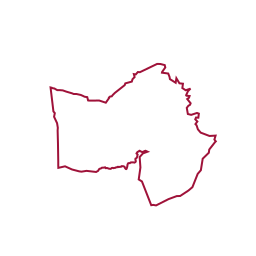 the district of San Francisco Ozolotepec, Oaxaca, Mexico, rotated 305°
{"feature_id": "50627088B26566065011472", "entity_name": "San Francisco Ozolotepec", "entity_type": "district", "adm_level": 2, "iso_a3": "MEX", "parent_name": "Mexico", "parent_adm1": "Oaxaca", "projection": "mercator", "projection_center": [-96.209, 16.098], "detail": "fine", "context": "isolated", "style": "outline", "palette": "rose", "viewbox_px": 256, "rotation_deg": 305, "n_neighbors": 0, "source": "geoboundaries", "source_scale": "gbopen_adm2", "svg_char_len": 3193}
<svg xmlns="http://www.w3.org/2000/svg" viewBox="0 0 256 256"><g transform="rotate(305 128 128)"><path d="M134.0,88.7L129.1,81.8L127.9,80.0L127.9,79.9L127.7,79.5L129.9,76.9L128.8,74.7L128.7,74.4L128.4,72.4L128.0,70.4L126.3,66.3L124.7,64.0L124.3,62.2L122.4,56.6L121.4,53.0L120.0,50.6L118.4,48.3L118.4,47.6L118.2,46.3L118.2,45.2L117.7,44.1L117.3,43.3L117.3,42.6L116.8,41.3L98.8,57.4L98.2,59.5L94.8,61.0L91.3,67.1L87.9,70.4L85.7,71.7L74.9,79.7L60.8,89.9L57.1,92.5L55.4,93.8L60.5,98.4L61.9,105.9L64.5,112.9L65.6,115.0L69.1,118.6L73.7,127.1L75.8,128.1L77.6,127.9L78.7,128.4L78.9,128.7L79.3,128.9L79.5,129.1L79.9,129.3L80.2,129.3L80.3,129.3L80.5,129.4L80.7,129.6L80.9,129.9L81.1,130.2L81.4,130.6L81.6,130.8L81.9,131.1L82.1,131.3L82.3,131.4L82.6,131.8L82.3,132.2L82.3,132.5L82.3,132.8L82.4,133.0L82.8,133.2L83.2,133.7L83.4,134.4L83.5,134.8L83.6,135.1L83.6,135.3L83.8,135.8L84.0,136.2L84.2,136.6L84.5,137.1L84.9,137.4L85.4,137.5L85.8,137.6L86.1,137.8L86.3,138.0L86.5,138.3L86.7,138.6L86.7,139.0L87.0,139.3L87.3,139.6L87.6,139.9L87.8,140.1L88.2,140.5L88.5,140.5L88.8,140.8L89.2,141.1L89.5,141.4L89.6,141.6L90.0,141.7L90.4,141.9L90.6,142.2L90.6,142.7L90.7,142.8L91.0,143.1L91.4,143.5L91.5,143.6L91.8,143.9L92.0,144.2L92.2,144.4L92.4,144.6L92.7,144.8L92.9,144.8L93.1,144.7L93.2,144.8L93.3,144.9L93.5,145.3L93.7,145.6L94.0,146.1L94.1,146.5L94.2,146.9L94.2,147.2L94.2,147.5L93.9,147.8L93.8,148.0L93.6,148.4L93.5,148.6L93.4,148.8L93.3,149.2L93.2,149.5L93.2,149.9L93.3,150.1L93.5,150.2L93.8,150.2L94.3,150.1L94.9,149.9L95.4,149.7L95.9,149.6L96.4,149.3L96.7,149.1L97.1,149.0L97.6,148.7L97.9,148.5L98.3,148.5L98.9,148.4L99.3,148.4L99.7,148.8L99.9,149.2L100.3,149.7L100.6,149.7L101.1,149.9L101.6,150.2L101.7,150.5L101.9,150.7L102.3,151.2L102.7,151.8L103.0,152.3L103.2,152.8L103.4,153.2L103.9,153.4L104.3,153.6L104.7,153.6L105.1,153.5L105.5,153.3L105.7,152.9L106.1,152.5L106.4,152.2L106.7,151.9L107.2,151.7L107.9,152.1L108.5,152.2L109.5,152.1L110.3,151.7L111.1,151.4L111.7,151.0L111.8,151.0L112.0,149.6L112.5,149.5L113.2,149.6L113.7,149.5L114.0,149.6L114.6,150.0L115.1,150.3L115.7,150.3L116.0,150.5L116.1,151.1L116.1,151.6L116.2,151.9L116.2,152.7L116.5,153.4L116.9,153.8L117.7,154.3L118.6,154.8L119.4,155.4L119.8,157.6L115.8,154.8L110.9,154.2L102.8,160.8L92.0,166.3L92.2,170.1L78.1,191.3L79.5,192.8L80.7,195.4L93.0,202.0L100.2,207.0L102.2,209.7L111.5,213.4L116.5,214.7L130.4,211.4L135.2,211.9L145.7,206.8L154.1,208.4L157.0,206.9L166.5,207.4L167.4,207.6L168.1,205.4L172.0,204.1L168.2,199.3L165.9,190.2L167.0,186.0L169.5,182.7L169.9,181.0L173.1,181.1L173.7,178.1L175.6,177.7L176.8,179.7L180.4,177.8L179.9,175.9L175.0,172.2L173.8,169.0L178.2,164.6L180.8,164.7L182.6,165.5L184.2,165.1L185.7,159.9L187.8,160.6L188.4,160.4L189.5,160.1L188.0,157.4L188.2,156.8L192.5,156.0L196.1,156.6L192.0,153.6L191.9,149.6L195.8,147.6L194.1,144.5L196.5,139.1L192.4,141.1L192.1,134.3L193.7,132.7L195.7,129.7L192.8,124.1L193.5,123.8L199.0,123.8L200.6,122.0L199.0,117.8L197.2,115.1L180.5,105.7L179.5,104.0L176.3,103.6L175.5,101.9L173.5,104.2L170.6,103.7L168.2,104.5L163.0,100.2L161.2,100.7L149.2,97.1L146.4,96.6L144.6,96.5L143.5,95.3L142.0,94.9L141.7,95.3L136.0,95.3L134.0,88.7Z" fill="none" stroke="#9f1239" stroke-width="2"/></g></svg>